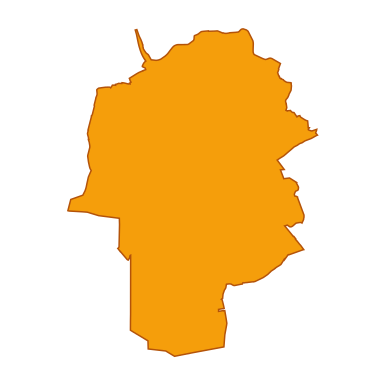 Vught, Noord-Brabant, Netherlands (orthographic projection), rotated 272°
{"feature_id": "6326949B95896723363367", "entity_name": "Vught", "entity_type": "district", "adm_level": 2, "iso_a3": "NLD", "parent_name": "Netherlands", "parent_adm1": "Noord-Brabant", "projection": "orthographic", "projection_center": [5.254, 51.651], "detail": "fine", "context": "isolated", "style": "filled", "palette": "amber", "viewbox_px": 384, "rotation_deg": 272, "n_neighbors": 0, "source": "geoboundaries", "source_scale": "gbopen_adm2", "svg_char_len": 5852}
<svg xmlns="http://www.w3.org/2000/svg" viewBox="0 0 384 384"><g transform="rotate(272 192 192)"><path d="M345.4,247.5L354.3,242.6L354.7,242.3L355.2,241.7L355.9,240.6L356.7,237.9L356.8,237.6L356.7,236.5L356.6,236.2L356.2,235.4L355.5,234.7L354.1,233.5L353.5,232.7L353.1,230.1L352.5,224.3L352.2,223.4L351.8,221.4L351.7,220.4L351.7,219.1L352.0,218.1L352.1,217.5L351.9,217.2L353.6,212.8L353.9,211.7L353.6,208.9L353.2,202.9L353.6,202.8L353.0,197.9L352.7,196.1L352.5,195.6L352.2,195.1L350.2,192.8L349.4,191.4L348.4,189.1L348.2,188.9L347.8,188.8L344.7,188.7L344.2,188.5L343.5,188.2L343.3,188.0L339.7,183.5L339.4,183.0L339.3,182.6L339.2,181.6L338.9,176.0L338.8,172.9L338.7,172.2L338.5,171.4L338.0,170.2L337.7,169.6L337.1,168.7L336.4,168.0L335.6,167.3L334.2,166.3L333.7,165.9L329.3,162.8L327.8,161.4L327.3,160.8L327.1,160.7L324.0,156.6L323.4,155.7L323.3,155.2L322.7,153.8L322.4,152.2L322.3,151.5L322.7,146.6L327.3,143.8L327.8,143.4L329.3,141.3L331.4,139.7L333.4,138.4L334.6,138.2L334.8,138.0L337.0,137.7L337.2,137.8L337.3,137.7L337.2,137.6L338.6,137.2L340.0,136.7L342.7,135.5L345.5,134.0L346.8,133.4L352.4,131.2L351.9,129.6L348.9,130.6L347.6,131.0L338.6,133.2L335.8,134.0L331.7,135.4L329.0,136.5L326.4,137.8L325.2,138.5L322.7,140.1L322.8,140.2L321.2,141.3L320.3,140.2L319.6,139.6L318.2,138.8L316.0,137.9L315.5,138.1L314.3,140.8L314.1,141.0L312.7,141.5L311.4,138.4L311.2,138.5L310.6,136.9L310.1,135.8L309.5,134.6L308.2,132.5L303.4,125.4L302.1,126.0L301.6,126.2L301.0,126.2L300.7,126.5L300.4,126.9L299.6,127.1L299.6,126.8L299.5,126.7L299.1,126.5L298.8,126.5L298.6,125.8L297.8,126.1L298.0,125.3L297.7,124.5L297.8,124.3L298.5,121.0L298.7,119.6L298.8,118.2L298.0,118.1L298.0,114.8L297.6,114.0L297.1,112.7L296.9,111.8L296.0,111.9L296.1,111.4L296.0,108.7L294.8,108.1L293.3,107.1L293.6,106.8L293.8,106.3L293.9,105.8L293.9,105.2L293.7,101.9L293.1,98.1L292.8,96.6L292.6,95.3L292.2,94.6L291.1,93.4L290.8,93.3L290.4,93.3L287.2,93.7L286.0,93.7L284.9,93.4L283.0,92.7L281.1,92.4L276.0,91.3L275.4,91.2L275.1,91.2L274.8,91.4L274.4,91.5L266.0,89.7L265.7,89.6L264.4,88.7L264.0,88.9L250.3,85.9L250.2,86.2L246.9,85.5L245.7,85.7L242.8,86.6L242.0,86.6L241.0,87.1L240.7,86.6L239.4,87.1L238.3,87.5L234.8,88.2L233.9,88.3L233.2,88.3L232.5,88.2L225.2,86.6L224.1,86.5L223.6,86.6L218.4,87.5L213.3,88.8L211.7,89.4L209.9,90.5L207.2,89.4L203.3,87.9L196.8,86.7L193.2,86.1L191.5,85.7L189.3,85.0L185.0,83.0L180.3,71.1L169.0,68.6L168.7,69.8L168.4,82.7L168.2,87.7L168.1,88.3L165.1,99.6L163.2,120.3L156.9,120.7L135.4,121.0L135.0,121.0L134.4,120.9L134.0,120.7L133.7,120.5L133.0,119.8L132.7,120.1L129.9,122.4L130.0,122.5L122.3,129.5L122.1,129.8L121.8,130.4L121.7,130.6L123.9,131.9L125.8,132.2L126.4,132.4L126.7,132.9L67.4,134.9L62.0,135.0L51.7,135.3L49.7,138.8L41.7,153.2L33.6,153.7L32.2,171.3L27.2,180.3L31.2,197.4L38.3,229.3L50.5,229.8L60.0,231.2L62.0,231.4L66.9,230.5L74.6,228.9L74.3,227.7L74.6,227.6L74.5,227.0L73.6,222.7L74.8,222.7L75.6,222.6L76.8,228.2L80.1,227.4L84.3,226.2L85.6,225.7L85.8,225.1L86.2,225.4L86.6,226.3L89.9,226.5L91.1,226.6L94.7,227.7L95.4,228.0L96.5,228.7L97.1,229.0L97.9,229.2L101.0,229.6L101.1,229.8L101.1,230.0L101.5,232.4L101.4,233.8L101.3,234.4L100.6,235.6L100.2,236.5L100.0,237.1L100.0,237.8L101.6,244.5L101.8,245.6L102.2,245.7L103.6,246.3L103.4,246.3L103.1,246.8L103.0,247.3L103.4,249.2L103.4,249.9L103.5,250.5L103.7,251.5L104.4,256.1L104.3,256.3L104.6,257.5L104.7,258.0L108.3,264.9L108.7,265.6L109.0,266.2L112.2,270.5L115.8,274.0L118.0,277.1L118.4,277.6L118.5,277.5L119.9,279.3L121.7,282.1L122.6,283.3L123.3,283.8L126.1,285.4L126.8,285.8L126.6,285.8L128.4,287.2L128.1,287.2L130.9,289.1L131.1,289.2L132.7,290.3L132.8,290.7L132.6,291.0L137.9,304.4L138.2,305.3L138.3,305.7L142.4,302.5L143.7,301.2L146.9,298.5L146.9,298.4L148.3,297.2L148.5,297.0L148.8,297.3L151.2,295.3L151.3,295.1L151.1,294.8L161.4,285.8L161.9,287.5L162.3,288.3L161.1,290.2L160.6,291.1L160.6,291.8L160.7,292.4L161.0,293.1L161.7,294.1L163.9,296.4L164.2,296.8L164.5,297.0L165.2,300.3L165.3,301.6L165.3,302.3L164.8,303.0L168.4,304.5L169.1,304.5L170.8,304.8L172.9,304.7L190.2,297.6L190.6,297.7L190.9,297.3L191.2,296.8L191.3,296.4L191.3,296.5L191.5,294.9L192.8,294.4L193.5,294.4L193.9,294.5L195.3,295.0L196.1,295.4L196.5,295.7L197.1,297.0L197.3,297.4L197.7,297.9L198.0,298.0L198.7,298.2L200.2,298.3L201.0,298.1L204.3,296.2L204.9,296.3L205.2,295.8L205.9,294.9L205.9,295.0L209.4,289.0L208.5,283.2L209.7,282.8L217.2,279.6L217.7,283.4L226.9,276.0L228.8,278.6L230.7,281.5L231.5,282.6L240.7,292.6L242.3,295.5L244.1,297.9L245.1,300.4L246.9,302.9L247.2,303.5L249.6,309.2L250.6,310.9L252.1,313.3L252.9,314.7L253.2,315.4L254.8,314.0L255.0,313.6L255.5,313.6L255.8,313.6L257.7,314.3L259.0,314.5L257.3,310.0L257.2,309.4L257.6,307.6L257.9,306.8L258.3,306.1L258.8,306.1L260.3,307.0L260.3,305.9L262.5,305.7L267.1,305.1L267.6,303.3L268.7,301.2L270.6,298.0L270.8,297.8L271.5,297.4L271.8,297.2L272.1,297.1L272.0,296.6L271.8,295.8L271.5,295.1L271.1,294.8L271.2,294.6L270.8,294.2L274.9,291.2L275.0,291.0L275.0,290.9L275.0,289.8L275.0,289.6L275.5,289.0L276.4,287.9L276.9,287.6L276.5,284.5L276.3,284.4L276.9,283.0L279.5,283.8L283.5,283.1L283.5,282.9L284.1,282.9L285.1,282.5L286.3,282.3L287.6,282.7L289.5,284.2L290.5,284.7L292.0,285.3L293.2,285.6L297.0,287.4L298.0,287.5L301.5,287.7L303.0,287.4L303.8,287.3L304.4,287.4L304.5,287.2L304.7,286.9L304.9,283.4L304.9,283.0L305.0,282.7L306.0,280.9L306.5,280.1L307.4,279.3L307.5,279.0L308.1,277.2L308.4,276.5L308.7,276.2L308.8,276.4L309.0,275.8L310.5,275.3L310.4,275.1L312.4,274.1L313.4,273.8L314.2,273.4L317.5,274.5L317.8,274.4L318.2,274.2L323.5,275.9L328.1,267.3L328.3,266.7L328.4,266.3L328.5,265.7L328.5,265.2L328.4,264.9L328.3,264.3L327.4,262.4L327.1,261.3L327.0,260.9L327.1,260.1L327.8,258.0L331.2,250.1L331.5,249.5L332.1,248.9L333.4,248.4L334.0,248.2L336.5,248.1L338.3,248.1L342.2,248.1L343.8,247.9L344.7,247.7L345.4,247.5Z" fill="#f59e0b" stroke="#b45309" stroke-width="1.5"/></g></svg>